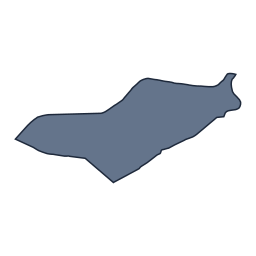 Lejamani, Comayagua, Honduras
{"feature_id": "27666195B32250373817394", "entity_name": "Lejamani", "entity_type": "district", "adm_level": 2, "iso_a3": "HND", "parent_name": "Honduras", "parent_adm1": "Comayagua", "projection": "mercator", "projection_center": [-87.678, 14.367], "detail": "fine", "context": "isolated", "style": "filled", "palette": "slate", "viewbox_px": 256, "rotation_deg": 0, "n_neighbors": 0, "source": "geoboundaries", "source_scale": "gbopen_adm2", "svg_char_len": 4479}
<svg xmlns="http://www.w3.org/2000/svg" viewBox="0 0 256 256"><path d="M235.8,74.4L235.4,74.3L235.0,74.2L234.8,74.1L234.6,74.1L233.9,73.9L233.1,73.8L232.7,73.7L232.3,73.6L232.2,73.6L231.9,73.6L231.7,73.6L231.1,73.5L230.1,73.5L229.9,73.5L229.7,73.5L229.4,73.5L229.2,73.6L228.8,73.6L228.7,73.6L228.4,73.7L228.1,73.7L228.0,73.8L227.9,73.8L227.7,73.9L227.5,74.0L227.4,74.1L227.2,74.2L227.1,74.4L227.1,74.5L226.9,74.7L226.5,75.2L226.1,75.8L225.8,76.3L225.5,76.7L225.2,77.2L224.9,77.7L224.4,78.5L224.3,78.8L224.2,78.9L224.2,79.0L223.9,79.4L223.8,79.5L223.7,79.7L223.5,79.9L223.4,80.0L223.2,80.2L223.1,80.3L223.0,80.5L222.9,80.5L222.7,80.7L222.5,80.8L222.4,80.9L222.2,81.1L221.7,81.4L221.5,81.6L221.3,81.8L221.1,82.0L220.9,82.2L220.5,82.5L220.3,82.7L220.1,83.0L219.8,83.2L219.6,83.4L219.5,83.6L219.3,83.8L219.2,83.9L219.0,84.1L218.9,84.2L218.8,84.3L218.7,84.3L218.6,84.5L218.4,84.6L218.2,84.8L217.8,85.0L217.6,85.1L217.4,85.2L217.2,85.3L216.8,85.5L216.6,85.6L216.4,85.7L216.1,85.9L215.8,85.9L215.6,86.0L215.4,86.1L215.2,86.2L214.9,86.3L214.7,86.3L214.2,86.5L213.8,86.5L213.7,86.6L213.4,86.6L213.2,86.7L212.9,86.7L212.7,86.7L212.4,86.7L212.2,86.7L211.3,86.7L209.7,86.7L208.8,86.7L207.3,86.6L205.7,86.5L204.2,86.4L203.2,86.3L202.2,86.2L201.0,86.1L199.7,86.1L198.4,86.0L197.2,86.0L195.9,85.9L194.0,85.7L192.8,85.6L191.0,85.3L190.3,85.2L189.5,85.1L188.5,84.9L187.7,84.7L186.9,84.6L185.8,84.4L184.9,84.3L183.9,84.1L182.4,83.9L180.9,83.7L180.4,83.7L179.8,83.6L179.2,83.6L178.2,83.5L177.7,83.5L177.3,83.5L176.8,83.5L176.4,83.4L175.7,83.3L175.2,83.3L175.0,83.2L174.7,83.2L174.2,83.1L173.9,83.0L173.7,82.9L173.4,82.8L173.1,82.8L172.8,82.6L172.4,82.5L172.0,82.4L171.6,82.3L171.2,82.2L170.9,82.2L170.5,82.1L170.0,82.0L168.9,81.8L167.8,81.7L166.5,81.5L166.0,81.5L165.5,81.4L165.0,81.3L164.2,81.2L162.7,80.9L161.2,80.6L160.0,80.3L158.8,80.1L158.3,80.0L157.8,79.9L157.5,79.9L157.2,79.8L156.7,79.7L156.2,79.7L154.7,79.5L153.3,79.3L152.8,79.2L152.3,79.1L151.8,79.0L151.0,78.9L150.5,78.8L150.0,78.7L149.5,78.6L148.7,78.5L148.5,78.4L148.4,78.4L148.2,78.4L147.9,78.4L147.7,78.4L147.4,78.4L147.2,78.5L146.7,78.5L146.4,78.6L146.1,78.7L145.8,78.7L145.5,78.8L145.2,78.9L144.9,79.0L144.6,79.1L144.0,79.2L143.7,79.4L143.3,79.5L143.0,79.6L142.6,79.8L142.3,79.9L142.0,80.1L141.6,80.2L141.0,80.6L140.9,80.6L140.7,80.7L140.6,80.8L140.4,80.9L140.3,81.0L140.1,81.1L139.9,81.3L139.7,81.4L139.6,81.5L139.3,81.8L138.6,82.4L137.8,83.2L137.1,83.9L136.3,84.6L135.3,85.5L133.7,86.9L133.6,87.0L133.4,87.2L133.2,87.3L133.1,87.5L132.9,87.6L132.7,87.8L132.6,88.0L132.4,88.1L132.3,88.3L132.2,88.4L132.1,88.6L131.9,88.7L131.8,88.9L131.6,89.1L131.4,89.5L131.1,89.9L130.8,90.2L130.5,90.6L130.0,91.2L129.2,92.1L128.3,93.1L127.8,93.8L127.2,94.4L126.8,94.9L126.5,95.3L125.7,96.2L124.8,97.2L124.7,97.4L124.5,97.6L124.3,97.8L124.2,98.0L123.9,98.3L123.8,98.5L123.7,98.7L123.5,98.9L123.4,99.0L123.1,99.4L123.0,99.5L122.9,99.6L122.7,99.8L122.5,100.0L122.4,100.1L122.2,100.2L122.1,100.4L121.9,100.5L120.3,101.6L118.7,102.7L116.7,104.1L115.6,104.8L114.5,105.4L114.4,105.5L114.2,105.6L114.0,105.8L113.8,105.9L113.6,106.1L113.4,106.2L113.3,106.3L113.1,106.4L112.6,106.8L112.0,107.2L111.1,107.8L110.3,108.4L109.8,108.8L109.3,109.1L108.4,109.7L107.5,110.3L106.6,110.9L105.8,111.4L105.5,111.6L105.1,111.8L104.9,111.9L104.8,112.0L104.7,112.0L104.3,112.2L104.1,112.3L103.8,112.4L103.7,112.5L103.3,112.6L102.9,112.8L102.7,112.8L102.4,113.0L102.2,113.0L101.8,113.1L101.4,113.2L101.1,113.3L48.5,114.7L46.2,115.0L42.6,115.7L40.6,116.3L37.5,117.2L36.1,118.3L34.4,119.4L30.8,122.4L27.6,125.5L21.0,132.8L15.4,139.1L23.2,142.7L33.4,147.4L36.4,149.3L38.7,150.6L42.3,152.0L47.1,153.6L49.4,154.0L51.4,154.2L53.2,154.3L54.9,154.6L64.4,156.1L65.8,156.1L67.0,156.1L67.9,156.0L68.8,156.0L69.5,156.3L85.2,158.3L113.4,182.5L113.5,182.4L116.3,180.9L139.2,168.6L139.9,167.6L140.7,166.8L142.0,165.9L147.2,162.6L153.7,157.6L156.6,155.3L157.5,154.7L158.9,154.1L160.1,153.5L160.5,152.9L160.8,151.9L161.0,151.5L161.1,150.8L161.3,150.4L162.2,149.7L163.5,149.5L165.2,149.0L167.4,148.4L168.7,148.1L174.6,144.9L184.0,140.4L185.8,139.4L188.1,138.6L192.7,136.9L194.6,135.8L196.6,134.4L199.8,131.7L216.8,117.4L223.8,116.7L224.6,114.6L225.2,113.0L226.5,111.6L228.2,110.8L230.8,110.3L233.6,109.9L235.7,109.6L237.8,108.8L239.2,107.8L240.0,106.3L240.6,104.2L240.6,102.1L239.4,99.7L238.2,98.4L236.9,96.9L235.7,95.7L233.9,93.9L232.5,91.6L231.5,87.2L231.2,84.2L231.4,81.6L232.1,79.3L233.5,77.9L234.4,76.6L235.1,75.7L235.8,74.4Z" fill="#64748b" stroke="#1e293b" stroke-width="1.5"/></svg>